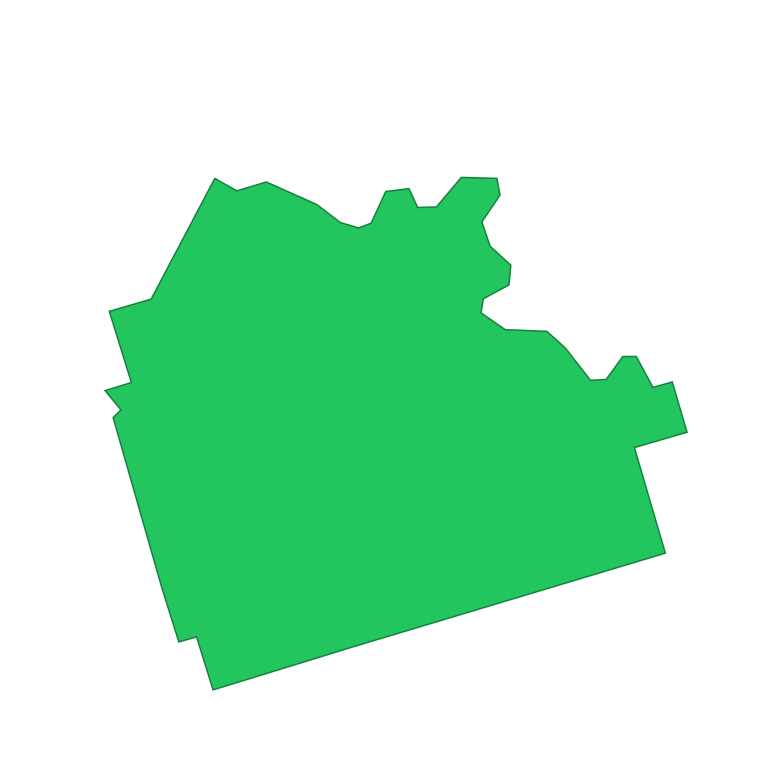 Izard, Arkansas, United States of America, rotated 162°
{"feature_id": "52423323B90005102118407", "entity_name": "Izard", "entity_type": "district", "adm_level": 2, "iso_a3": "USA", "parent_name": "United States of America", "parent_adm1": "Arkansas", "projection": "albers", "projection_center": [-91.982, 36.064], "detail": "fine", "context": "isolated", "style": "filled", "palette": "green", "viewbox_px": 768, "rotation_deg": 162, "n_neighbors": 0, "source": "geoboundaries", "source_scale": "gbopen_adm2", "svg_char_len": 699}
<svg xmlns="http://www.w3.org/2000/svg" viewBox="0 0 768 768"><g transform="rotate(162 384 384)"><path d="M168.7,136.2L165.5,246.2L110.7,244.5L109.2,296.9L129.3,297.7L135.6,332.3L148.5,336.3L171.3,319.7L186.5,323.7L200.3,362.0L212.9,383.8L251.9,398.2L269.7,421.6L263.2,434.4L234.5,439.6L226.7,457.8L240.5,482.3L240.8,507.9L215.3,527.8L213.1,544.7L246.6,556.6L279.5,536.2L297.4,541.5L299.9,562.1L322.9,566.5L346.6,540.9L360.0,540.3L375.7,551.1L392.4,575.4L433.5,612.5L464.3,613.2L481.4,631.8L579.2,536.7L622.8,538.0L623.8,463.5L651.3,463.9L642.2,440.6L652.0,435.8L658.3,257.2L658.8,202.1L640.4,201.4L641.1,145.9L493.9,143.6L168.7,136.2Z" fill="#22c55e" stroke="#15803d" stroke-width="1.5"/></g></svg>